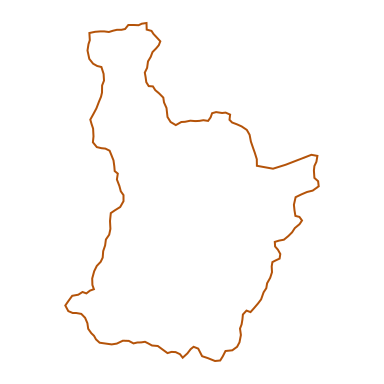 São Roque, São Paulo, Brazil
{"feature_id": "56859067B40084204815898", "entity_name": "São Roque", "entity_type": "district", "adm_level": 2, "iso_a3": "BRA", "parent_name": "Brazil", "parent_adm1": "São Paulo", "projection": "natural_earth1", "projection_center": [-47.115, -23.533], "detail": "fine", "context": "isolated", "style": "outline", "palette": "amber", "viewbox_px": 384, "rotation_deg": 0, "n_neighbors": 0, "source": "geoboundaries", "source_scale": "gbopen_adm2", "svg_char_len": 2561}
<svg xmlns="http://www.w3.org/2000/svg" viewBox="0 0 384 384"><path d="M146.5,23.0L141.8,23.7L138.6,25.2L133.8,25.0L128.3,25.0L125.1,29.0L121.5,29.8L116.9,29.8L113.1,30.7L108.9,32.0L104.2,31.4L100.3,31.4L95.1,31.8L89.4,33.0L89.8,40.2L88.5,44.1L87.5,50.5L89.3,58.9L93.1,63.7L97.2,66.0L101.4,67.0L103.6,73.9L104.0,80.6L102.1,85.5L102.0,92.6L101.0,96.8L99.0,101.6L96.4,108.4L93.3,114.2L90.3,119.6L91.5,123.8L93.1,128.6L93.5,136.4L92.9,142.3L96.8,147.1L101.5,148.2L105.4,148.6L109.6,150.7L111.4,155.1L113.5,160.4L114.3,166.3L114.7,171.1L117.8,173.6L116.9,179.5L119.4,186.0L120.8,191.3L123.5,195.1L123.5,201.2L120.2,207.0L114.9,210.3L110.8,213.1L110.0,221.0L110.4,228.9L109.2,234.7L105.9,239.5L105.1,245.5L103.2,251.1L102.7,257.6L100.7,261.8L96.8,265.9L94.2,271.2L92.2,278.5L92.4,285.0L93.9,289.2L90.0,290.6L86.4,293.4L82.5,292.0L78.3,294.7L72.2,295.8L68.5,300.9L65.3,305.5L68.3,311.1L72.7,313.0L76.2,313.0L81.3,313.9L85.1,317.8L87.4,323.2L88.2,328.8L91.3,333.2L94.0,335.8L96.0,339.4L99.6,342.7L105.9,343.6L111.7,344.4L116.8,343.6L122.9,340.7L128.8,340.9L133.5,343.4L137.3,342.5L141.1,342.4L145.0,341.8L148.2,343.4L152.0,345.5L157.8,346.0L162.7,349.6L167.5,353.1L171.5,351.9L175.6,352.1L180.0,354.2L182.7,357.7L187.4,353.4L190.7,349.1L193.6,346.8L198.2,348.6L202.1,356.2L207.8,358.1L215.0,361.0L220.2,360.5L222.7,356.5L225.5,351.0L232.3,350.3L237.1,346.8L239.5,342.3L240.9,335.0L240.0,328.6L241.6,324.4L242.4,319.6L242.9,314.5L246.5,310.6L250.5,312.1L253.9,308.3L258.0,303.5L261.1,299.4L263.6,292.3L266.3,288.2L267.1,283.3L270.2,277.8L272.0,272.2L271.7,266.4L272.4,262.1L275.7,260.4L279.6,258.6L280.3,254.0L277.9,249.7L275.1,246.5L274.8,241.9L279.1,240.6L283.9,239.7L288.4,236.0L292.1,232.3L294.8,228.1L299.6,224.1L302.0,220.5L299.4,216.9L295.4,215.9L294.5,210.4L293.9,204.8L295.6,197.2L301.4,194.4L307.0,192.0L312.7,190.6L318.7,186.3L318.1,181.2L314.4,177.9L313.9,170.5L314.4,166.0L316.4,161.8L317.4,155.9L311.4,154.8L285.8,164.7L273.0,168.7L256.9,165.8L256.8,159.2L254.8,152.8L253.1,148.0L250.9,141.6L249.6,134.8L246.8,129.9L241.6,126.4L236.9,124.3L232.1,122.5L229.5,119.8L230.1,114.6L225.6,112.6L222.1,113.0L216.1,112.1L212.1,113.2L210.6,117.4L208.1,120.9L203.4,120.2L199.3,120.9L195.3,121.1L190.3,120.7L185.0,121.8L181.3,122.0L175.8,125.1L170.6,122.0L167.5,117.0L166.5,108.0L164.0,102.4L163.3,97.6L158.9,93.2L155.3,90.2L152.9,86.4L148.7,86.1L146.3,82.2L145.6,77.1L144.8,72.6L147.1,67.9L148.0,61.4L150.7,56.9L152.5,52.1L156.3,48.2L158.8,45.2L160.3,41.3L156.8,37.5L153.5,34.0L151.5,30.9L146.7,29.6L146.5,23.0Z" fill="none" stroke="#b45309" stroke-width="2"/></svg>